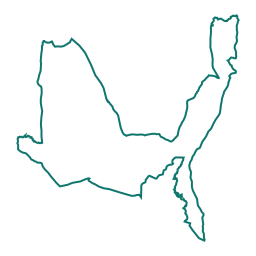 Korogwe, Tanga, United Republic of Tanzania
{"feature_id": "72390352B3133588656991", "entity_name": "Korogwe", "entity_type": "district", "adm_level": 2, "iso_a3": "TZA", "parent_name": "United Republic of Tanzania", "parent_adm1": "Tanga", "projection": "albers", "projection_center": [38.446, -4.931], "detail": "fine", "context": "isolated", "style": "outline", "palette": "teal", "viewbox_px": 256, "rotation_deg": 0, "n_neighbors": 0, "source": "geoboundaries", "source_scale": "gbopen_adm2", "svg_char_len": 5807}
<svg xmlns="http://www.w3.org/2000/svg" viewBox="0 0 256 256"><path d="M41.9,46.1L42.0,49.0L41.4,53.0L40.7,60.8L40.8,62.3L41.1,63.0L40.6,70.9L39.0,75.7L38.5,78.5L37.5,81.3L37.5,82.1L37.9,83.4L38.7,84.8L41.1,86.6L41.6,88.7L41.7,93.1L40.8,99.1L40.8,103.1L42.2,111.3L41.4,117.0L40.9,124.4L41.5,130.6L41.5,136.5L42.3,143.6L41.8,142.8L41.3,142.6L40.1,143.2L39.2,142.8L39.0,143.0L38.3,142.6L37.6,142.7L37.3,142.9L35.4,141.9L35.0,141.8L34.8,141.2L34.5,141.0L33.8,141.3L33.6,140.5L33.1,140.5L32.6,139.7L32.7,138.7L31.8,138.4L31.6,137.6L30.8,137.6L31.1,137.1L30.2,136.9L29.3,136.2L28.6,136.4L28.0,135.7L27.8,135.7L27.2,136.6L26.2,137.0L26.0,136.7L25.4,136.9L25.3,136.6L24.9,136.4L25.2,135.4L22.9,137.4L21.8,137.2L21.3,136.7L19.9,137.0L19.5,136.8L18.7,137.4L18.6,137.2L18.4,137.2L18.4,137.9L17.7,138.4L17.6,138.8L18.0,141.5L17.4,143.2L18.0,144.5L18.2,145.5L18.1,149.4L18.6,149.9L20.5,151.4L22.9,152.6L25.2,153.1L26.3,153.6L30.0,157.4L31.2,159.4L32.9,160.1L34.3,161.1L36.1,161.7L36.8,162.3L37.6,162.6L40.4,162.8L41.5,163.1L42.1,164.2L42.2,164.9L42.9,166.6L44.6,169.1L48.1,172.6L50.6,176.0L56.6,183.1L60.0,186.4L67.6,184.8L72.5,182.8L80.1,181.5L86.6,178.8L88.9,178.3L89.4,178.6L88.4,179.4L88.7,180.7L92.5,183.2L94.5,184.0L99.4,186.8L102.0,187.6L103.2,188.2L109.1,189.1L119.7,192.4L131.5,195.8L133.1,195.8L135.1,195.6L136.4,195.1L139.3,194.8L141.0,197.2L141.3,189.4L141.2,186.2L141.5,185.1L142.5,183.6L145.1,182.4L145.5,182.0L145.7,179.9L148.4,176.4L149.1,175.8L149.8,175.9L155.4,178.5L156.1,178.6L156.8,178.3L157.5,177.1L159.2,175.2L162.8,174.4L163.7,170.4L165.8,169.4L166.1,169.0L166.3,167.5L167.3,165.8L170.1,164.6L171.4,164.7L171.9,164.5L173.1,163.7L172.4,162.7L172.3,162.1L172.4,160.7L172.7,160.0L174.3,158.2L175.8,157.4L183.5,157.6L183.1,158.2L183.3,159.7L181.7,163.0L181.7,164.1L180.9,164.6L180.8,164.9L181.1,165.1L181.0,165.4L179.9,166.8L178.9,167.4L178.7,168.3L177.6,169.2L177.7,171.2L177.3,171.7L177.2,172.3L176.9,172.4L177.1,173.2L176.4,173.4L176.3,173.7L175.3,174.2L175.3,174.6L175.0,175.1L175.1,175.3L174.7,175.6L174.9,176.0L175.0,177.5L174.4,177.4L174.4,177.8L174.0,178.1L174.1,178.6L173.8,178.9L174.9,179.1L176.2,178.4L176.6,178.4L176.7,179.4L177.2,180.8L176.5,182.3L176.1,184.7L174.9,186.8L174.8,187.3L175.1,188.4L174.7,189.2L174.0,189.5L174.6,190.4L175.0,190.5L175.3,191.5L174.7,192.1L174.8,192.7L175.7,193.3L176.2,194.2L176.9,192.9L177.3,192.8L178.0,193.2L178.4,193.8L177.7,194.9L176.9,194.9L176.7,195.4L176.8,195.7L178.1,196.8L178.7,197.0L179.0,196.7L178.0,196.3L178.0,195.6L178.4,195.4L179.8,195.5L180.6,195.2L181.1,194.6L181.7,194.5L181.5,195.5L182.0,196.7L181.3,196.6L180.6,197.1L180.8,198.7L181.8,199.5L182.4,199.5L183.6,199.0L184.0,199.6L184.2,200.7L184.5,200.9L185.7,201.0L186.7,202.7L186.3,204.3L186.4,205.6L186.1,206.0L185.9,206.2L185.2,205.9L184.8,206.4L184.5,207.6L183.4,208.2L183.9,208.7L184.9,209.1L185.3,209.7L185.9,211.6L185.5,212.3L185.3,213.3L185.7,214.0L186.2,214.2L187.3,217.1L187.4,218.1L187.1,219.3L185.0,220.8L184.6,221.6L190.2,223.3L189.5,225.6L192.6,230.2L199.0,238.2L204.3,240.6L204.6,239.7L204.0,237.9L203.8,233.5L202.9,231.7L202.7,230.6L203.1,229.4L202.7,226.1L203.3,224.5L202.3,217.6L203.5,215.3L203.5,213.8L201.8,212.0L200.2,208.8L198.3,206.2L197.8,204.8L197.0,198.8L193.2,191.2L192.3,188.7L191.9,186.3L191.9,181.5L190.5,177.7L190.9,174.1L190.9,171.6L189.7,168.8L189.3,165.4L190.3,161.8L191.5,160.0L192.6,156.5L194.0,154.7L195.7,151.2L197.1,149.1L199.3,148.2L200.0,147.6L202.3,141.8L206.0,136.6L208.3,131.6L211.1,128.7L213.4,123.7L215.5,119.9L219.0,114.9L219.9,112.9L220.6,108.3L220.8,105.5L221.6,101.8L222.0,98.6L224.0,92.6L224.0,91.9L227.4,86.7L228.3,84.3L228.3,82.7L229.3,80.3L229.6,79.0L230.3,77.7L229.2,76.2L231.1,73.9L232.8,73.3L234.4,73.1L235.8,72.7L235.9,72.4L235.8,71.1L234.9,70.2L233.9,69.7L233.1,69.0L231.7,66.6L231.7,65.5L230.2,64.7L228.6,61.5L227.7,60.5L228.6,60.2L231.1,57.5L233.1,57.8L234.3,58.3L235.6,58.3L236.1,57.8L236.2,55.8L235.9,54.3L236.2,53.0L235.8,51.1L234.6,48.0L235.0,45.0L235.8,44.0L237.0,41.2L236.5,36.8L237.2,33.9L237.3,32.0L236.9,30.6L236.7,26.0L237.7,22.7L237.8,21.6L238.6,20.2L237.3,18.0L237.2,16.1L236.4,15.4L235.5,16.2L234.2,15.9L233.8,16.0L233.1,15.6L232.2,16.3L230.8,16.8L230.9,17.9L230.6,18.4L230.1,18.8L229.3,18.7L228.4,19.2L228.0,20.0L227.2,20.3L227.1,21.0L226.8,21.1L224.5,20.9L220.8,18.6L219.4,18.9L218.0,19.5L217.5,18.2L217.0,17.8L216.3,18.1L215.5,17.5L214.9,17.5L213.4,18.9L213.9,20.2L213.8,20.5L213.3,21.5L212.3,22.5L211.7,23.6L212.7,24.5L212.8,25.6L212.5,25.7L211.7,25.3L211.3,25.3L210.9,26.7L211.0,32.1L210.4,39.2L210.5,44.6L210.3,47.0L212.2,55.2L212.3,56.9L212.7,58.6L212.5,65.0L212.8,66.9L213.2,68.2L214.4,70.4L218.8,77.7L218.7,78.1L216.9,77.6L215.5,76.4L211.8,75.6L209.6,75.6L208.8,75.3L208.0,76.5L206.2,78.2L205.1,79.6L202.3,81.9L201.9,82.9L201.9,84.2L199.4,87.5L198.0,91.1L197.0,91.9L196.7,93.1L195.9,93.7L195.1,95.8L194.1,97.5L193.3,98.1L189.2,99.8L187.6,100.6L187.1,102.1L187.3,105.8L187.2,108.3L185.2,116.4L183.5,120.3L181.7,122.9L181.4,124.1L179.7,126.9L178.6,130.4L177.6,135.5L175.3,138.0L174.5,138.6L174.0,139.5L171.6,141.5L170.0,141.3L168.2,140.2L165.3,139.3L164.1,138.3L160.7,136.6L159.3,134.1L156.3,134.2L155.1,133.8L152.3,133.8L147.1,134.7L144.7,135.4L143.9,134.9L141.6,134.5L136.6,134.8L134.5,134.5L131.6,134.4L126.8,135.5L126.3,135.8L125.5,135.1L123.8,134.4L122.6,132.4L120.7,127.7L118.1,115.4L116.7,113.1L114.6,111.0L113.6,109.7L113.2,108.9L112.2,106.1L111.7,105.8L110.6,104.3L110.1,104.0L109.0,102.1L108.4,102.1L108.0,101.9L107.9,101.1L107.3,100.9L107.4,100.2L106.6,99.6L103.6,88.1L101.2,83.4L95.3,75.2L90.8,64.3L85.1,52.7L79.4,45.6L71.7,38.9L71.4,39.6L70.5,40.7L70.1,42.2L63.7,46.1L60.9,46.6L57.3,46.4L55.0,46.7L53.2,44.4L52.3,42.1L52.1,42.2L51.8,41.5L49.6,42.6L48.2,42.7L46.9,42.6L44.8,41.7L44.3,41.0L43.6,41.0L42.6,42.9L42.7,44.9L42.2,46.0L41.9,46.1Z" fill="none" stroke="#0f766e" stroke-width="2"/></svg>